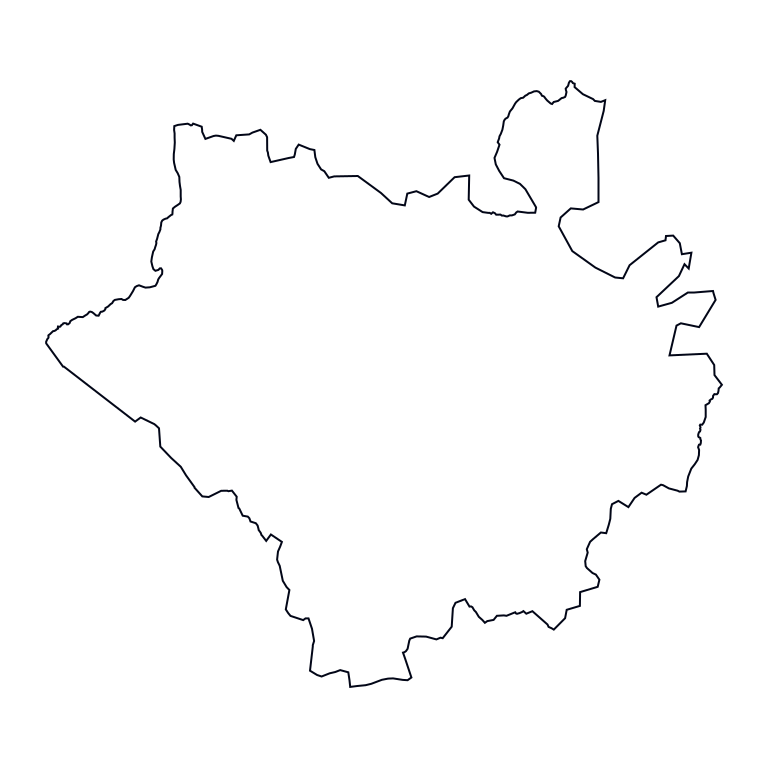 Ganjuwa, Bauchi, Nigeria (Equal Earth projection)
{"feature_id": "59680162B89766877463651", "entity_name": "Ganjuwa", "entity_type": "district", "adm_level": 2, "iso_a3": "NGA", "parent_name": "Nigeria", "parent_adm1": "Bauchi", "projection": "equal_earth", "projection_center": [9.981, 10.738], "detail": "fine", "context": "isolated", "style": "outline", "palette": "ink", "viewbox_px": 768, "rotation_deg": 0, "n_neighbors": 0, "source": "geoboundaries", "source_scale": "gbopen_adm2", "svg_char_len": 6052}
<svg xmlns="http://www.w3.org/2000/svg" viewBox="0 0 768 768"><path d="M548.6,626.9L551.5,628.2L553.8,629.6L565.1,618.2L566.7,609.8L579.9,605.9L580.1,592.1L597.7,586.8L599.4,579.7L595.9,574.6L592.5,573.0L587.0,568.1L585.7,566.2L585.2,561.1L587.7,552.6L586.8,549.2L590.1,541.8L593.3,538.9L600.9,532.5L606.2,533.2L608.8,524.7L610.3,518.8L610.8,508.8L612.0,504.2L618.4,500.9L628.4,507.1L634.6,497.9L641.6,492.7L646.4,494.7L661.0,484.7L663.1,485.2L668.9,488.4L677.6,490.7L679.4,491.6L685.6,491.4L686.9,486.0L687.1,482.1L688.2,476.5L691.3,468.6L694.7,464.3L697.6,459.9L698.9,455.2L699.1,450.0L698.1,447.2L698.5,445.9L699.0,444.7L699.6,444.5L700.3,444.6L700.8,443.1L701.0,440.4L700.4,439.4L700.3,438.0L699.4,437.4L698.7,437.2L698.2,436.2L698.2,434.7L698.6,433.2L699.3,431.8L700.0,431.5L700.5,429.8L700.0,428.7L700.5,427.6L700.2,426.4L699.8,425.4L700.3,424.6L702.2,424.7L703.8,422.5L705.7,417.0L705.7,409.5L705.5,405.2L708.9,403.2L709.9,401.5L709.6,400.5L711.1,399.3L712.3,398.8L713.0,397.6L713.1,395.8L714.4,394.1L715.7,394.3L717.0,394.2L718.0,393.0L718.5,390.8L718.7,388.4L719.7,387.5L721.9,384.8L714.5,375.1L714.2,365.0L706.8,353.7L669.5,355.4L676.5,325.6L680.9,323.3L699.1,327.1L715.6,299.9L713.5,293.1L713.0,291.0L694.5,292.5L687.9,292.5L671.9,302.8L658.2,306.6L656.5,297.2L678.9,276.1L684.5,264.2L688.7,268.5L691.4,252.7L681.9,254.2L679.8,243.2L673.2,235.6L666.0,236.0L665.5,240.3L658.2,242.4L629.6,265.2L623.1,278.3L615.1,277.5L595.4,267.6L572.3,251.1L558.7,226.3L560.6,217.5L570.8,208.4L583.1,209.5L598.5,202.1L598.5,178.1L598.0,153.5L597.3,135.7L603.7,110.9L605.2,100.2L600.9,101.9L594.8,100.9L593.1,99.1L582.9,94.2L574.6,87.1L574.7,83.7L572.9,83.1L572.1,81.9L571.0,81.1L569.9,81.2L568.9,82.8L568.1,85.8L565.7,88.6L565.9,90.0L566.5,92.0L565.7,95.6L565.1,96.9L563.4,97.7L561.6,98.1L558.1,100.9L553.7,102.0L552.1,104.0L550.7,103.5L547.2,100.5L545.4,98.4L544.2,96.7L543.2,96.1L541.9,95.7L541.1,94.0L538.8,91.7L536.7,91.1L534.0,91.4L531.2,92.7L528.8,93.4L527.0,94.9L525.3,95.7L523.2,97.7L520.7,98.2L518.8,99.6L516.2,102.1L515.1,103.6L512.5,108.3L509.9,111.5L508.9,114.2L508.3,116.3L507.5,117.6L505.5,118.7L504.4,120.1L503.8,121.4L503.2,125.6L502.4,129.7L500.8,133.9L499.5,136.3L499.1,138.5L497.7,142.2L499.5,144.7L497.1,151.8L494.5,157.9L495.8,164.4L499.2,170.9L504.0,178.2L513.4,180.6L520.0,183.9L525.4,189.2L535.9,207.0L535.9,207.3L536.1,207.7L535.2,212.7L527.8,212.8L517.6,211.5L516.2,212.5L514.8,214.4L511.9,215.4L509.8,215.4L507.6,216.4L506.2,216.4L503.3,215.5L501.9,215.6L500.5,214.6L496.2,214.7L494.9,213.2L493.0,212.3L491.2,213.8L489.8,212.9L488.4,212.9L482.6,212.1L474.0,206.6L468.7,199.7L469.2,175.5L454.6,177.2L437.7,193.6L429.1,197.0L416.4,191.2L407.3,193.6L404.8,205.4L392.2,203.3L381.0,193.0L357.8,176.0L334.2,176.4L328.8,177.8L324.3,171.2L321.1,169.4L317.5,163.8L315.3,157.2L314.4,150.0L309.8,149.1L298.7,144.6L295.8,148.9L294.8,154.5L294.0,157.0L288.7,158.0L270.6,162.1L268.3,155.6L267.9,152.5L267.2,150.6L267.1,137.2L265.9,134.7L260.4,129.8L252.4,132.6L249.2,134.4L236.3,135.3L233.8,140.9L231.5,138.8L218.3,135.8L215.9,135.6L213.6,136.0L205.4,138.9L202.2,131.9L202.1,129.6L201.7,126.7L193.1,123.6L191.9,125.2L190.8,125.4L189.4,124.5L187.7,123.7L178.0,124.9L174.3,126.1L174.1,130.0L174.6,133.4L174.6,137.8L174.8,142.5L174.4,149.0L173.8,154.0L173.7,159.4L174.1,162.9L175.7,169.9L177.7,173.2L179.3,176.9L179.5,181.9L180.0,185.9L180.7,189.9L180.7,196.5L180.9,199.3L180.6,201.8L179.9,203.4L177.8,204.9L174.9,206.8L172.9,208.5L172.5,211.9L172.5,213.2L172.3,214.5L171.1,215.0L168.2,217.3L167.2,218.3L165.5,218.7L163.5,219.6L162.2,220.6L161.3,222.4L161.0,225.6L160.4,227.9L160.4,229.4L159.3,232.2L158.3,234.1L157.1,238.8L156.1,241.6L156.4,243.0L156.0,244.9L155.2,247.2L154.6,249.3L153.2,251.5L151.9,257.3L151.3,261.5L152.4,266.2L153.4,269.1L155.4,270.8L158.4,269.9L159.8,268.4L161.0,268.3L162.1,269.9L162.3,270.9L162.1,274.0L159.1,278.0L158.2,279.5L157.5,282.0L156.3,284.4L155.4,285.8L149.8,287.3L145.5,287.6L143.0,286.8L139.0,285.3L136.7,286.1L134.9,287.3L133.0,291.1L130.0,296.0L128.7,297.8L125.3,300.0L123.0,299.9L121.5,299.0L118.8,299.2L114.9,299.9L113.5,300.9L112.1,303.2L110.6,304.1L108.1,306.5L105.4,308.1L105.3,309.2L104.4,310.5L102.4,311.6L100.8,311.8L99.9,313.1L99.2,314.6L98.6,315.7L96.1,315.5L93.4,313.1L91.8,312.0L90.1,311.6L89.0,312.1L88.5,312.9L87.1,314.4L85.2,315.5L82.8,317.1L77.8,316.8L75.6,318.2L72.1,319.9L70.3,321.2L69.6,323.1L68.1,324.3L67.0,324.3L66.6,323.4L64.3,323.1L63.2,323.4L62.7,324.3L61.3,325.1L60.4,326.5L59.8,326.8L58.0,326.5L57.8,327.4L58.1,328.6L56.5,329.4L55.8,330.2L54.5,330.9L53.0,331.2L49.9,334.2L48.6,335.1L48.3,335.8L48.6,337.0L48.2,338.2L47.3,339.1L46.1,341.9L46.2,343.4L63.1,366.7L64.0,366.7L135.1,421.6L140.7,417.5L154.3,424.1L155.9,425.4L159.0,428.3L160.3,446.6L171.1,457.9L180.8,466.8L186.0,475.3L194.5,487.1L194.5,487.7L202.3,496.4L208.7,497.0L221.2,490.8L227.2,490.7L228.4,491.2L231.9,490.6L236.7,496.7L236.4,499.9L238.5,508.0L238.9,508.2L239.3,508.6L242.7,515.7L247.8,516.6L249.4,518.3L250.5,521.5L255.8,523.2L257.6,525.5L258.6,529.3L258.6,529.9L260.7,532.8L261.5,535.1L262.1,535.6L266.2,540.9L270.9,534.5L281.9,541.9L280.2,546.5L278.0,551.5L277.1,559.6L277.9,562.1L279.7,565.8L282.8,580.8L286.6,587.1L289.4,590.0L285.8,609.4L288.2,613.1L290.5,615.9L303.2,620.1L305.5,618.4L308.5,618.4L312.0,628.8L314.1,641.0L312.8,645.2L312.8,646.5L310.0,670.7L317.1,675.0L321.6,676.5L329.7,673.3L335.3,672.0L340.2,670.1L348.3,672.3L349.5,680.3L350.2,686.9L357.3,686.0L365.6,685.2L371.3,683.8L381.9,679.8L388.1,678.6L393.1,678.4L402.8,679.9L407.6,680.2L411.4,677.5L405.1,658.6L403.0,652.6L404.4,652.2L405.9,651.2L407.6,648.8L409.3,640.6L410.2,638.6L416.6,636.4L426.1,636.6L436.4,639.4L440.5,637.7L442.7,638.2L451.7,626.7L452.9,608.2L455.5,602.8L465.0,599.1L469.5,606.6L471.0,606.4L472.4,607.2L474.2,610.3L475.9,612.0L478.8,616.8L482.3,619.9L484.9,622.8L487.3,621.1L493.6,619.9L496.9,615.8L503.9,615.4L506.5,615.8L514.6,612.5L515.3,612.3L515.8,613.3L517.0,613.8L519.5,613.1L521.4,612.3L522.1,612.0L523.4,611.1L526.3,613.7L532.4,611.2L547.5,624.5L548.6,626.9Z" fill="none" stroke="#020617" stroke-width="2"/></svg>